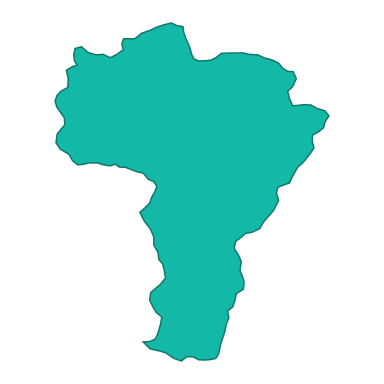 Guidoval, Minas Gerais, Brazil (Mercator projection)
{"feature_id": "56859067B97454970123686", "entity_name": "Guidoval", "entity_type": "district", "adm_level": 2, "iso_a3": "BRA", "parent_name": "Brazil", "parent_adm1": "Minas Gerais", "projection": "mercator", "projection_center": [-42.788, -21.182], "detail": "fine", "context": "isolated", "style": "filled", "palette": "teal", "viewbox_px": 384, "rotation_deg": 0, "n_neighbors": 0, "source": "geoboundaries", "source_scale": "gbopen_adm2", "svg_char_len": 2031}
<svg xmlns="http://www.w3.org/2000/svg" viewBox="0 0 384 384"><path d="M252.2,232.2L259.7,228.6L263.2,222.5L267.8,217.0L273.3,210.8L278.6,200.7L276.5,192.7L277.9,187.3L283.8,184.9L289.6,182.9L291.9,177.5L294.7,172.5L297.6,167.3L303.2,162.4L309.4,154.7L314.0,147.9L312.4,141.9L312.4,135.2L318.7,131.7L323.7,127.6L324.8,122.3L328.9,115.9L325.0,110.9L316.7,108.3L311.0,105.0L304.0,104.7L298.8,105.3L292.7,105.8L289.6,99.1L287.7,91.4L292.7,86.5L296.3,78.6L293.2,71.7L287.7,71.4L282.7,68.2L278.6,63.1L272.4,60.1L264.6,58.0L257.7,54.8L249.2,54.4L243.3,52.9L237.0,53.0L230.0,53.0L221.4,53.3L215.8,57.7L211.2,60.1L204.8,60.8L199.0,61.0L194.2,59.2L191.7,54.4L189.8,47.4L185.9,38.7L183.7,32.2L182.9,26.5L177.4,25.9L171.5,23.0L164.0,24.8L156.8,27.1L150.1,30.3L141.6,33.3L134.7,38.8L128.9,38.7L123.6,38.8L121.8,44.1L123.2,49.7L117.2,54.2L110.3,57.7L103.3,54.4L95.6,54.8L88.0,52.4L81.4,46.7L75.1,48.5L73.7,54.4L74.4,60.4L76.9,65.2L72.0,66.9L66.4,70.3L68.2,78.5L67.8,87.5L61.2,91.0L57.0,95.4L55.1,101.2L56.8,107.1L60.1,111.9L64.3,117.8L64.8,124.8L61.1,129.1L57.2,134.1L56.0,142.8L60.4,149.3L68.7,154.0L72.6,160.8L77.8,164.8L82.8,164.4L89.4,162.9L97.4,162.9L103.3,164.8L110.0,165.9L115.3,164.2L119.5,167.1L125.5,167.3L130.8,169.4L136.5,171.6L143.2,173.1L148.2,179.3L153.7,181.5L156.8,186.4L154.6,192.1L151.8,197.1L149.6,203.1L144.9,207.9L139.9,212.3L144.4,221.2L150.5,229.2L153.8,237.0L153.8,245.0L158.1,252.7L158.8,259.6L162.6,263.7L164.1,269.7L165.5,278.0L160.2,284.6L155.8,288.2L150.7,292.6L149.6,300.1L152.6,306.3L156.2,312.5L161.8,317.0L160.4,324.8L157.9,333.4L155.4,338.9L150.1,341.4L143.2,342.0L150.1,348.8L157.9,350.6L165.4,352.6L173.7,358.3L181.3,361.0L187.1,356.6L193.1,356.9L198.8,359.8L204.3,360.0L210.1,359.6L215.8,358.4L218.8,353.3L220.0,347.1L221.7,340.8L224.8,331.6L226.4,323.9L228.9,317.8L227.5,311.0L232.8,306.9L234.7,301.2L236.3,293.7L243.4,289.1L244.1,281.6L242.5,276.5L240.0,270.2L241.3,261.6L238.4,255.1L234.2,248.5L235.6,241.4L240.9,237.5L245.2,233.5L252.2,232.2Z" fill="#14b8a6" stroke="#0f766e" stroke-width="1.5"/></svg>